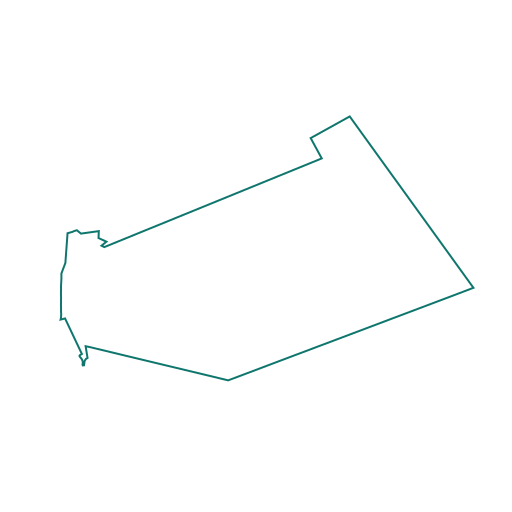 the district of San Felipe de Jesús, Sonora, Mexico, rotated 167°
{"feature_id": "50627088B39189981083600", "entity_name": "San Felipe de Jesús", "entity_type": "district", "adm_level": 2, "iso_a3": "MEX", "parent_name": "Mexico", "parent_adm1": "Sonora", "projection": "natural_earth1", "projection_center": [-110.249, 29.87], "detail": "fine", "context": "isolated", "style": "outline", "palette": "teal", "viewbox_px": 512, "rotation_deg": 167, "n_neighbors": 0, "source": "geoboundaries", "source_scale": "gbopen_adm2", "svg_char_len": 1015}
<svg xmlns="http://www.w3.org/2000/svg" viewBox="0 0 512 512"><g transform="rotate(167 256 256)"><path d="M133.3,370.9L176.2,358.6L170.0,336.3L401.8,298.8L404.2,300.8L398.5,303.6L405.4,308.9L403.6,315.6L421.5,317.2L424.8,321.4L427.7,321.2L429.4,320.8L434.5,320.6L443.3,292.1L447.5,285.8L449.6,282.6L450.7,277.7L452.9,270.0L453.4,267.6L454.3,264.1L454.8,261.9L455.4,258.8L455.7,257.8L456.0,256.6L456.3,255.1L456.5,254.4L456.6,253.9L456.9,252.9L457.4,250.4L457.6,249.4L457.9,248.2L458.1,247.4L458.3,246.3L458.6,245.2L458.7,244.3L459.0,242.8L459.3,241.9L459.4,241.2L459.7,240.4L460.0,239.5L460.2,239.0L460.7,238.0L456.1,238.1L447.7,199.7L450.1,198.9L450.5,198.3L450.3,197.5L449.8,196.5L449.2,195.2L448.8,194.1L448.6,192.4L448.7,191.2L449.4,189.4L449.4,188.4L448.2,188.2L448.0,188.8L447.4,190.1L447.0,191.5L446.4,192.5L445.8,193.1L444.8,194.0L443.1,194.5L442.3,206.4L439.2,205.0L311.1,141.1L78.2,172.4L73.0,173.1L51.3,176.1L102.1,296.8L105.0,303.6L133.3,370.9Z" fill="none" stroke="#0f766e" stroke-width="2"/></g></svg>